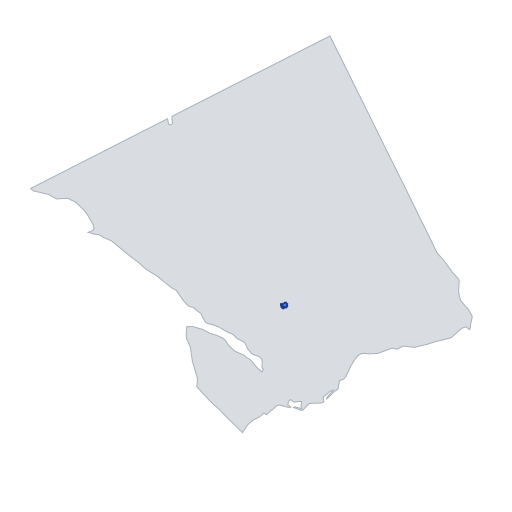 Markz Bani Mazar, Al Minya, Egypt (highlighted), rotated 153°
{"feature_id": "37247803B20583905741630", "entity_name": "Markz Bani Mazar", "entity_type": "district", "adm_level": 2, "iso_a3": "EGY", "parent_name": "Egypt", "parent_adm1": "Al Minya", "projection": "natural_earth1", "projection_center": [30.776, 28.515], "detail": "fine", "context": "in_parent", "style": "filled", "palette": "blue", "viewbox_px": 512, "rotation_deg": 153, "n_neighbors": 0, "source": "geoboundaries", "source_scale": "gbopen_adm2", "svg_char_len": 5415}
<svg xmlns="http://www.w3.org/2000/svg" viewBox="0 0 512 512"><g transform="rotate(153 256 256)"><path d="M426.0,418.5L416.7,418.5L407.5,418.5L398.2,418.5L388.9,418.5L379.7,418.5L370.4,418.5L361.1,418.5L351.9,418.5L342.6,418.5L333.3,418.5L324.1,418.5L314.8,418.5L305.6,418.5L296.3,418.5L287.0,418.5L277.8,418.5L272.5,418.5L273.4,415.5L273.9,413.4L273.3,412.0L271.5,411.6L270.3,412.1L267.6,418.3L266.1,418.6L262.8,418.6L252.0,418.6L241.2,418.6L230.4,418.6L219.7,418.6L208.9,418.6L198.1,418.6L187.3,418.6L176.5,418.6L165.7,418.5L154.9,418.5L144.1,418.5L133.4,418.5L122.6,418.5L111.8,418.5L101.0,418.5L90.2,418.5L90.3,411.0L90.4,403.4L90.4,395.9L90.5,388.3L90.6,380.8L90.7,373.2L90.8,365.7L90.9,358.1L90.9,350.6L91.0,343.0L91.1,335.5L91.2,327.9L91.3,320.3L91.4,312.8L91.5,305.2L91.6,297.7L91.7,290.1L91.8,282.5L91.8,275.0L91.9,267.4L92.0,259.9L92.1,252.3L92.2,244.7L92.3,237.2L92.4,229.6L92.5,222.1L92.6,214.5L92.7,206.9L92.8,199.4L92.9,191.8L93.1,184.3L93.2,176.7L92.9,175.3L91.5,170.2L90.2,163.6L88.8,155.6L88.6,153.0L86.2,144.7L86.0,142.4L86.7,140.7L90.9,133.7L92.3,130.4L93.4,126.3L93.8,123.0L92.6,118.0L91.3,113.4L90.8,108.8L90.7,104.2L92.9,101.1L95.5,98.2L96.5,96.4L98.0,94.4L99.1,93.4L101.1,97.5L105.4,98.2L119.5,94.6L135.0,98.2L143.5,99.6L156.7,102.8L164.7,108.3L166.9,109.0L172.7,108.9L176.5,112.2L191.5,113.8L199.6,117.4L204.1,120.3L206.9,121.2L209.3,121.1L212.6,120.0L216.7,117.9L221.2,115.1L230.6,107.8L233.9,106.5L236.0,106.9L238.6,106.8L239.7,104.8L241.1,103.5L242.0,101.9L243.4,100.1L248.2,99.6L257.9,96.4L256.8,97.9L248.0,101.4L251.8,101.9L255.7,100.7L260.1,99.9L260.9,98.4L261.5,95.6L262.3,95.2L265.4,95.7L274.5,100.1L276.7,100.1L283.1,97.8L284.5,97.3L286.6,98.6L291.3,104.0L289.7,103.9L284.6,99.2L284.2,101.6L281.3,105.6L284.9,107.4L287.8,108.1L289.4,110.3L290.4,112.4L293.3,111.5L295.4,108.7L294.3,107.2L293.5,105.6L294.5,105.6L296.5,106.9L302.3,112.1L304.2,113.2L306.5,113.0L311.2,111.5L312.5,111.7L318.7,109.8L319.5,111.2L320.5,112.6L325.6,111.1L333.5,111.1L340.0,109.4L347.5,105.3L348.1,104.6L348.5,105.6L349.5,108.5L351.8,115.6L353.9,121.3L356.4,129.1L357.2,132.1L357.6,134.1L361.2,142.7L363.4,149.8L365.0,155.5L367.3,163.8L368.2,166.7L366.7,168.3L363.7,173.7L360.5,191.0L355.9,204.5L355.4,212.9L354.7,216.0L352.5,220.2L349.8,224.4L344.9,222.3L336.9,214.9L332.2,207.9L327.2,203.4L322.5,197.4L321.2,193.1L321.3,190.3L319.2,183.6L317.7,180.4L311.9,173.2L310.3,169.4L309.0,167.7L307.8,165.3L305.7,155.9L303.4,150.0L300.8,151.7L301.3,154.2L299.1,157.6L297.7,161.6L298.8,164.8L303.4,169.8L304.4,172.0L305.5,176.7L305.4,183.1L306.1,185.3L309.6,190.0L310.9,192.8L311.7,195.3L312.8,197.5L316.3,201.6L321.3,209.5L326.1,214.8L329.5,217.4L331.0,219.9L331.4,226.6L331.1,229.7L334.2,235.7L335.3,238.7L338.2,241.1L339.6,243.9L340.8,248.5L342.8,262.0L345.3,265.3L353.3,283.0L360.0,294.2L363.2,302.6L368.2,312.8L377.9,335.1L383.7,342.0L386.0,345.9L390.2,348.9L394.7,353.2L390.4,352.8L389.3,353.1L387.8,353.8L387.2,356.4L386.9,358.6L387.5,369.9L388.7,375.7L392.6,386.6L395.4,389.9L396.8,392.0L398.7,393.5L407.7,397.3L413.0,405.1L424.8,415.1L426.0,417.9L426.0,418.5Z" fill="#d9dde1" stroke="#a8b0b8" stroke-width="1"/><path d="M255.5,197.3L255.4,197.1L255.3,196.9L255.2,196.8L255.1,196.7L254.9,196.7L254.9,196.8L254.7,196.9L254.5,197.0L254.4,197.1L254.4,197.3L254.2,197.3L254.0,197.5L253.9,197.6L253.9,197.8L253.9,198.0L253.8,197.9L253.7,197.8L253.7,197.7L253.3,197.6L253.2,197.5L253.1,197.4L252.9,197.3L252.7,197.2L252.8,197.0L252.8,196.9L252.7,196.7L252.8,196.6L252.7,196.5L252.8,196.4L252.7,196.2L252.4,196.2L252.2,196.2L252.0,196.3L251.9,196.4L251.8,196.6L251.7,196.8L251.6,196.7L251.5,196.8L251.5,197.0L251.4,197.0L251.2,197.0L250.9,197.1L250.7,197.1L250.5,197.3L250.5,197.2L250.5,197.3L250.5,197.5L250.6,197.8L250.4,197.8L250.4,198.0L250.5,198.1L250.6,198.3L250.4,198.5L250.5,198.5L250.4,198.7L250.3,198.8L250.2,198.8L250.2,199.0L250.0,199.3L249.9,199.4L249.9,199.5L250.0,199.6L250.3,199.7L250.4,199.8L250.4,200.0L250.4,200.3L250.5,200.6L250.4,200.7L250.4,200.8L250.3,201.0L250.5,201.2L250.8,201.1L251.0,200.9L251.3,201.0L251.5,201.1L251.5,201.3L251.6,201.5L251.8,201.4L252.0,201.3L252.1,201.2L252.3,201.2L252.2,201.1L252.3,201.0L252.5,201.1L252.8,201.1L253.0,201.0L253.3,200.9L253.5,200.9L253.5,201.0L253.7,201.3L253.8,201.2L254.0,201.2L254.3,201.2L254.4,200.9L254.6,201.0L254.6,200.9L254.8,200.9L254.9,201.0L255.0,201.2L255.3,201.2L255.3,201.3L255.2,201.3L254.9,201.5L255.0,201.7L255.3,201.7L255.4,201.8L255.6,201.9L255.7,201.7L255.7,201.4L255.7,201.2L255.8,201.1L255.8,200.9L255.8,200.7L255.7,200.6L255.7,200.4L255.4,200.2L255.2,199.9L255.1,199.7L255.1,199.4L255.1,199.1L255.1,198.9L255.1,198.7L255.2,198.3L255.2,198.2L255.3,198.0L255.4,197.9L255.4,197.7L255.5,197.4L255.5,197.3ZM255.7,202.1L255.8,202.1L255.9,201.9L255.9,201.7L256.0,201.5L256.1,201.4L256.2,201.1L256.3,200.9L256.4,200.1L256.3,199.8L256.3,199.7L256.3,199.4L256.2,199.3L256.2,199.2L256.3,199.1L256.5,199.3L256.6,199.2L256.7,198.9L256.5,198.7L256.4,198.4L256.4,198.2L256.3,197.9L256.3,197.7L256.2,197.6L256.2,197.4L256.1,197.2L255.9,197.0L255.7,197.3L255.7,197.5L255.7,197.8L255.6,198.0L255.5,198.3L255.4,198.4L255.4,198.5L255.4,198.8L255.2,199.0L255.3,199.1L255.2,199.2L255.2,199.3L255.2,199.5L255.3,199.6L255.4,199.8L255.5,200.0L255.7,200.3L255.8,200.4L255.9,200.5L256.0,200.7L256.0,200.8L256.0,201.0L255.9,201.3L255.9,201.5L255.8,201.8L255.7,201.9L255.7,202.0L255.7,202.1Z" fill="#3b82f6" stroke="#1e3a8a" stroke-width="1.5"/></g></svg>